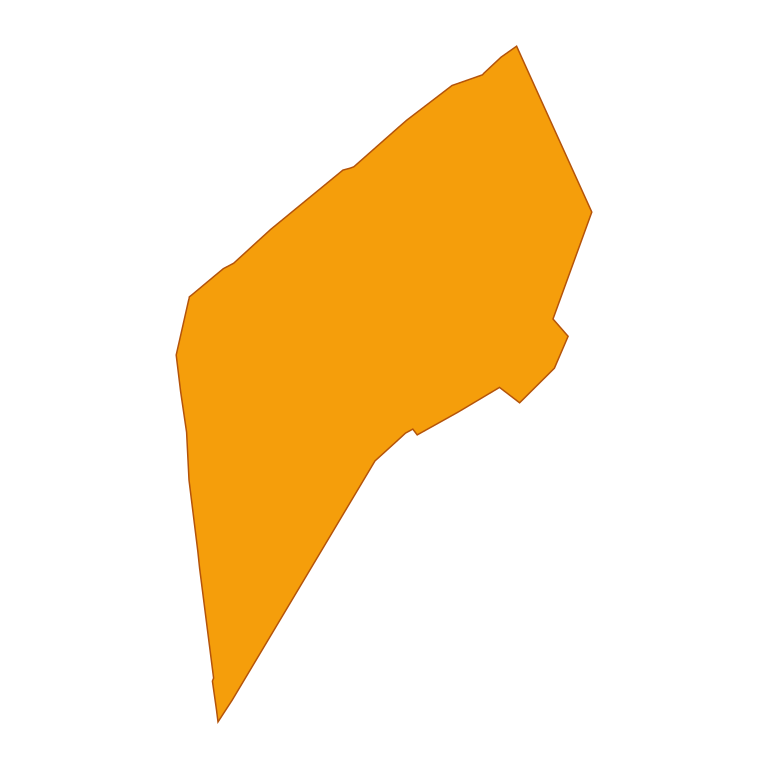 the district of At Tadamon - BN, Blue Nile, Sudan
{"feature_id": "16777658B66976297159843", "entity_name": "At Tadamon - BN", "entity_type": "district", "adm_level": 2, "iso_a3": "SDN", "parent_name": "Sudan", "parent_adm1": "Blue Nile", "projection": "equal_earth", "projection_center": [33.588, 11.572], "detail": "fine", "context": "isolated", "style": "filled", "palette": "amber", "viewbox_px": 768, "rotation_deg": 0, "n_neighbors": 0, "source": "geoboundaries", "source_scale": "gbopen_adm2", "svg_char_len": 701}
<svg xmlns="http://www.w3.org/2000/svg" viewBox="0 0 768 768"><path d="M189.3,296.9L189.1,298.7L188.8,299.4L176.2,355.0L180.6,391.4L186.6,432.3L189.0,480.0L197.8,551.1L199.6,568.2L213.6,678.1L212.4,681.1L216.4,709.2L218.0,721.9L222.3,715.3L232.2,700.1L309.1,571.3L375.0,460.9L397.8,440.2L405.5,433.1L412.8,429.1L417.2,434.9L458.4,411.9L499.5,387.4L519.6,402.8L554.4,368.2L568.1,336.3L553.0,319.0L591.8,212.1L543.4,105.4L524.5,63.7L516.6,46.2L512.9,48.8L501.1,57.1L483.9,73.2L482.5,74.8L452.0,85.5L406.7,120.2L399.1,126.8L353.8,166.8L350.0,168.2L342.9,170.1L270.8,229.3L258.4,240.6L233.7,263.2L223.4,268.6L214.6,275.9L191.7,295.0L189.3,296.9Z" fill="#f59e0b" stroke="#b45309" stroke-width="1.5"/></svg>